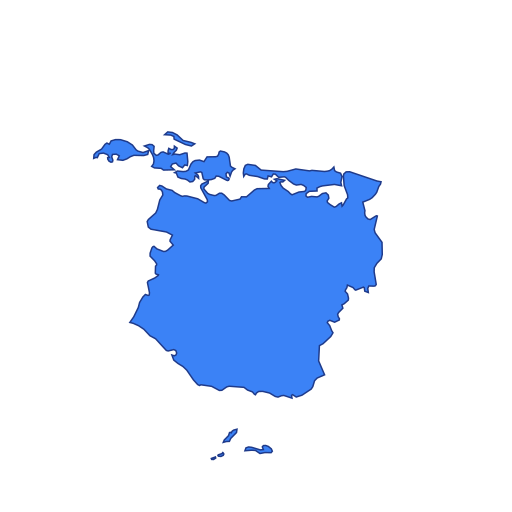 the border of Camagüey, rotated 328°
{"feature_id": "CUB-1364", "entity_name": "Camagüey", "entity_type": "Province", "adm_level": 1, "iso_a3": "CUB", "parent_name": "Cuba", "parent_adm1": "", "projection": "orthographic", "projection_center": [-77.855, 21.478], "detail": "fine", "context": "isolated", "style": "filled", "palette": "blue", "viewbox_px": 512, "rotation_deg": 328, "n_neighbors": 0, "source": "natural_earth", "source_scale": "10m", "svg_char_len": 6152}
<svg xmlns="http://www.w3.org/2000/svg" viewBox="0 0 512 512"><g transform="rotate(328 256 256)"><path d="M208.8,145.8L211.7,145.1L213.3,146.8L215.5,151.6L219.6,155.9L220.7,159.2L223.8,164.6L225.1,166.4L227.1,167.1L229.2,168.5L236.9,176.6L240.4,183.3L241.5,184.6L243.6,184.3L244.5,182.5L245.3,168.9L246.3,167.1L248.1,166.3L255.4,167.1L253.9,169.0L248.5,170.0L247.3,171.5L248.2,177.2L249.3,179.2L252.7,182.7L254.2,183.4L258.3,183.4L260.2,184.6L261.4,187.4L263.0,194.9L264.6,196.5L272.6,199.3L275.1,198.1L279.3,200.8L289.6,199.2L292.6,199.5L303.0,205.7L303.1,203.2L304.4,201.9L308.7,200.7L309.0,202.5L310.0,203.5L311.5,203.7L313.5,203.3L312.3,200.7L314.7,201.5L320.4,207.0L318.0,207.4L316.3,206.3L315.2,206.3L314.6,209.4L315.0,212.8L317.5,218.4L318.1,221.3L319.0,223.2L326.3,224.5L331.5,227.0L333.1,226.6L334.9,224.5L333.8,221.4L332.2,219.2L327.8,217.2L326.0,214.8L323.9,209.4L322.9,205.2L322.1,203.9L316.9,201.3L315.8,196.9L314.1,195.6L311.1,197.1L308.7,194.5L306.4,196.7L304.0,195.1L299.5,189.5L293.1,184.0L291.3,181.2L290.1,180.9L287.8,182.0L289.2,178.9L291.9,175.6L295.0,173.5L297.6,173.9L303.5,178.9L305.9,185.9L323.9,199.0L327.3,200.7L335.9,203.3L346.5,212.2L348.8,213.0L358.8,220.6L361.3,221.8L363.6,222.6L366.2,222.6L369.2,221.8L367.9,225.2L368.8,227.4L371.6,230.6L371.0,234.2L366.9,238.6L365.8,241.8L360.5,236.9L349.6,231.8L346.9,231.0L343.7,230.7L342.2,233.2L335.5,229.4L331.6,229.7L330.2,231.5L330.8,233.5L334.7,234.9L339.0,238.2L340.7,238.6L345.4,238.2L348.8,239.5L349.6,242.6L348.4,245.6L345.5,247.0L345.0,248.5L346.1,251.7L348.3,256.1L350.2,256.5L354.0,255.9L356.7,256.2L355.4,259.4L357.0,258.9L363.0,255.6L364.6,255.4L366.1,252.6L368.1,242.9L372.4,234.7L373.8,233.0L377.0,232.4L380.1,234.2L398.4,256.6L401.4,259.3L399.7,261.0L397.0,262.1L392.2,265.9L390.0,266.9L385.4,268.1L382.4,268.2L375.1,266.9L372.4,275.3L371.0,277.0L370.0,279.3L369.9,281.0L370.6,284.0L372.2,285.6L378.7,285.6L379.7,285.8L380.1,286.4L370.3,296.1L369.3,299.4L370.1,311.2L363.9,321.6L360.7,324.8L354.6,326.3L350.1,328.6L347.8,332.0L342.9,343.8L341.5,344.5L340.1,344.1L335.8,341.2L333.6,342.7L331.9,346.5L329.6,343.5L331.0,340.2L330.6,339.3L322.5,337.8L322.0,337.0L321.6,334.2L318.1,329.1L316.3,331.0L313.9,332.2L312.9,333.2L313.5,336.7L312.1,340.8L310.9,342.3L305.6,343.2L302.9,343.0L302.0,346.3L296.1,347.7L294.4,348.6L293.5,351.1L293.5,353.4L292.7,354.4L287.6,353.8L284.5,349.6L282.4,349.4L281.1,350.3L281.6,354.1L280.6,359.5L280.6,361.9L276.7,363.9L266.3,365.9L262.3,365.6L253.5,378.2L251.2,393.1L243.3,391.9L239.6,392.8L234.9,396.9L232.3,398.1L221.2,398.4L215.4,396.9L213.6,393.0L212.3,393.0L211.2,395.6L205.7,389.0L203.6,388.0L199.9,387.3L197.9,385.3L194.9,379.4L190.0,374.4L186.5,372.3L183.8,372.4L182.0,373.4L181.4,372.4L181.0,369.4L177.8,365.2L176.2,361.0L164.2,352.2L161.8,351.5L155.9,351.8L153.7,350.6L149.3,343.0L141.0,336.0L139.5,335.9L138.4,334.1L137.3,327.9L136.8,316.1L135.5,311.0L132.9,305.8L131.1,300.7L132.2,295.4L133.8,297.3L135.7,297.5L137.3,296.3L137.9,293.7L136.7,291.8L131.2,290.0L129.9,288.6L127.0,273.0L123.8,267.4L122.1,258.7L119.5,252.9L116.1,247.9L113.8,245.5L120.1,242.8L128.9,237.3L132.7,233.7L138.4,230.8L141.8,230.0L143.6,232.3L144.8,232.5L146.2,230.7L149.9,220.9L151.4,220.1L158.5,221.0L162.9,220.7L163.4,220.2L161.7,218.5L161.5,217.2L165.4,211.4L166.9,211.0L167.6,210.0L167.5,206.4L166.1,200.0L167.7,197.5L172.0,194.0L173.4,193.5L174.6,193.7L175.8,197.6L180.0,203.2L181.7,204.1L184.1,204.2L191.6,202.9L190.9,197.9L191.7,196.8L196.2,194.0L192.8,188.2L181.1,177.6L180.0,174.4L182.0,169.1L184.1,168.0L193.7,166.4L197.0,164.3L204.1,157.5L209.3,154.9L210.6,152.1L210.7,150.0L210.0,148.4L208.6,147.4L208.8,145.8ZM284.4,151.0L285.7,153.2L286.1,155.5L285.6,158.0L282.0,166.2L282.5,167.9L284.4,170.9L281.8,171.0L279.8,171.8L276.3,174.6L277.1,171.3L276.0,169.8L274.1,170.4L272.8,173.3L274.0,175.1L274.1,176.4L272.8,177.2L271.8,176.9L271.2,176.1L266.7,168.7L264.6,167.1L262.2,168.3L258.6,167.5L255.0,165.7L252.6,164.0L252.2,162.4L254.3,156.5L253.5,155.2L248.5,153.4L249.6,156.6L249.4,158.1L248.5,159.7L247.3,155.9L246.3,155.9L244.6,158.5L241.8,159.3L239.2,158.2L238.1,155.2L236.6,153.1L233.7,150.7L231.6,147.7L232.4,143.5L231.2,142.2L234.4,142.3L238.9,145.8L241.5,147.1L244.3,147.2L249.7,143.5L252.6,142.6L255.0,142.8L258.9,144.7L261.9,148.4L267.0,146.0L274.3,150.4L276.2,151.0L278.4,149.8L279.8,148.3L281.4,148.1L284.4,151.0ZM189.6,100.9L193.1,98.6L191.5,95.6L188.1,93.8L186.2,95.4L185.4,98.9L184.2,100.1L182.7,99.6L181.6,97.7L181.6,95.4L182.3,94.0L183.8,94.7L183.9,91.5L181.2,87.9L177.3,86.1L173.5,88.5L172.6,87.6L170.1,87.2L172.4,84.2L175.7,83.3L181.7,83.5L187.1,81.3L189.4,81.2L190.8,83.5L194.1,81.6L198.4,82.8L202.7,85.5L207.4,90.9L210.0,96.4L210.6,102.5L211.4,104.4L215.0,108.4L220.8,109.7L218.0,112.5L214.0,111.3L205.8,105.9L202.1,105.2L198.0,105.2L193.8,104.3L189.6,100.9ZM223.1,134.1L222.0,131.4L216.6,127.5L215.0,124.7L217.7,123.7L219.9,121.3L221.3,118.3L221.9,115.4L222.1,108.8L221.5,106.7L219.7,103.6L224.8,104.9L226.9,106.5L227.7,109.0L225.0,112.5L223.8,114.8L224.8,117.8L226.3,118.4L230.4,117.8L232.4,118.5L235.6,123.3L238.1,123.6L235.9,122.2L237.3,120.1L239.1,118.5L240.4,120.7L242.1,121.8L243.7,121.5L245.0,119.6L246.3,122.7L244.5,124.1L241.4,124.8L239.1,125.9L241.1,126.5L245.0,129.7L250.3,131.0L252.0,132.2L248.2,139.8L245.7,142.9L243.8,141.0L240.4,142.2L238.1,138.5L237.4,134.8L233.8,133.6L231.0,135.0L232.4,139.6L223.1,134.1ZM165.6,424.1L166.8,427.7L166.4,430.2L164.6,430.8L159.4,427.4L154.7,425.6L152.5,420.6L149.4,418.4L143.4,415.3L145.8,413.4L148.5,414.0L151.0,416.0L156.9,422.7L159.7,424.1L160.2,421.2L161.8,420.7L163.8,421.8L165.6,424.1ZM248.5,113.5L249.7,111.1L247.8,108.3L242.8,104.7L246.9,104.0L250.6,107.0L253.3,111.5L255.4,119.4L261.1,125.2L263.5,128.4L259.5,128.5L255.2,124.0L248.5,113.5ZM148.1,392.8L145.9,395.4L137.9,397.3L135.2,399.1L132.5,397.6L129.5,396.7L131.6,395.2L137.5,393.8L140.0,391.7L140.9,392.0L141.2,392.8L143.0,391.9L144.8,391.8L148.1,392.8ZM123.3,404.5L123.8,405.2L123.8,406.9L122.6,407.7L120.0,407.4L118.1,405.9L117.9,405.1L118.6,404.6L123.6,405.8L123.3,404.5ZM110.8,404.0L115.1,404.9L114.8,406.0L112.2,406.1L110.6,405.0L110.8,404.0Z" fill="#3b82f6" stroke="#1e3a8a" stroke-width="1.5"/></g></svg>